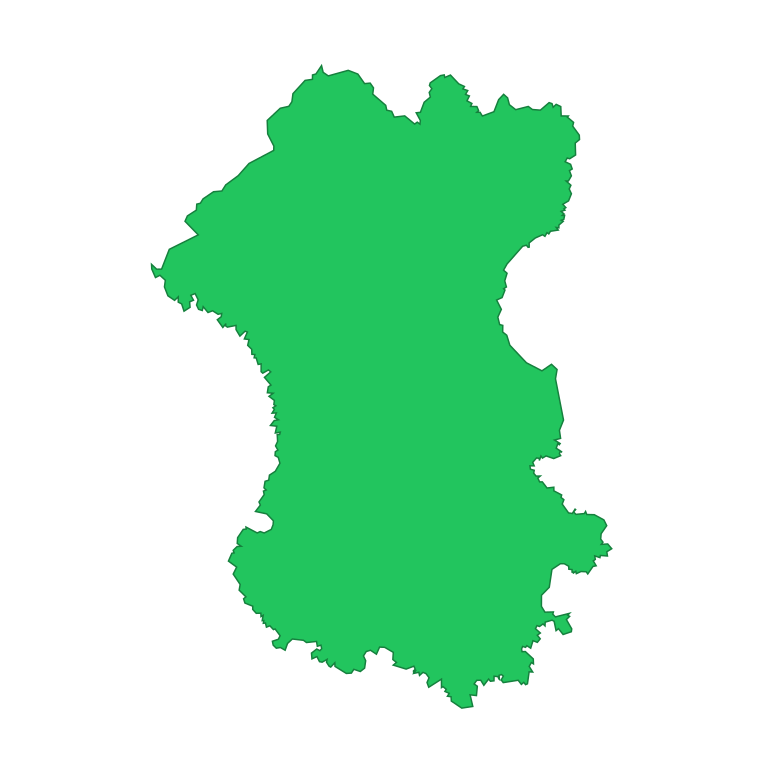 Santo Amaro Abade, Tarrafal, Cabo Verde (Mercator projection), rotated 186°
{"feature_id": "66160863B37752467633472", "entity_name": "Santo Amaro Abade", "entity_type": "district", "adm_level": 2, "iso_a3": "CPV", "parent_name": "Cabo Verde", "parent_adm1": "Tarrafal", "projection": "mercator", "projection_center": [-23.726, 15.266], "detail": "fine", "context": "isolated", "style": "filled", "palette": "green", "viewbox_px": 768, "rotation_deg": 186, "n_neighbors": 0, "source": "geoboundaries", "source_scale": "gbopen_adm2", "svg_char_len": 6136}
<svg xmlns="http://www.w3.org/2000/svg" viewBox="0 0 768 768"><g transform="rotate(186 384 384)"><path d="M479.4,694.1L484.1,685.2L487.4,683.9L487.0,679.5L494.2,677.7L504.9,663.2L505.1,655.1L507.7,650.2L516.0,647.4L527.7,633.9L525.8,620.5L518.4,609.1L518.1,604.8L541.3,589.2L550.8,575.9L562.2,565.5L565.4,559.0L573.6,557.4L583.3,549.2L585.5,544.6L589.0,543.3L588.8,537.3L597.1,530.6L598.9,525.0L584.3,512.9L611.6,495.5L617.2,475.0L622.1,474.4L627.7,478.7L627.0,474.1L622.4,466.0L618.2,468.7L612.3,464.3L612.5,457.6L608.1,449.1L601.0,445.3L597.7,449.2L597.2,443.9L593.6,442.5L590.5,435.5L584.9,440.0L585.9,445.4L582.2,447.4L585.4,452.0L581.3,454.2L577.6,448.3L578.7,443.0L576.2,438.9L572.4,438.1L571.9,442.0L566.5,436.7L562.1,438.9L556.3,436.0L552.8,437.2L552.9,433.9L556.5,430.5L550.2,423.4L547.4,427.6L548.0,425.5L545.7,424.2L537.3,426.8L536.8,422.6L532.3,416.6L527.7,422.0L525.3,421.4L527.6,414.2L522.9,414.1L523.6,408.2L519.2,404.7L518.5,399.7L515.5,399.8L515.9,396.5L513.8,396.5L511.2,390.3L508.3,391.2L507.5,383.4L505.7,382.1L500.4,385.9L497.9,384.2L503.6,378.1L496.3,371.1L498.8,369.1L499.1,363.1L493.3,363.2L497.1,359.7L491.3,356.2L491.4,352.0L489.3,351.0L492.0,348.8L490.4,347.3L492.3,343.3L488.0,344.0L489.4,339.4L485.3,337.4L489.4,336.1L492.6,330.9L486.2,330.8L487.0,323.9L482.1,325.3L482.5,322.9L484.9,322.5L483.8,315.7L485.4,311.1L482.6,307.2L485.0,305.3L484.9,301.4L481.5,300.0L479.2,294.3L483.0,285.8L488.4,281.4L488.6,276.3L492.1,274.8L492.5,268.2L490.1,266.3L492.7,264.9L491.6,261.5L496.0,253.6L494.3,250.7L498.5,243.8L487.1,242.6L479.7,236.4L479.6,232.4L480.9,227.6L487.6,223.3L491.7,224.3L494.5,222.6L506.3,227.3L505.9,225.3L508.8,224.7L513.5,215.9L513.3,210.1L509.0,207.7L513.1,207.0L516.6,202.8L515.4,200.4L517.6,199.8L520.2,191.6L511.4,186.5L514.1,179.2L506.1,169.6L506.5,163.8L499.1,157.9L501.2,155.7L499.4,151.6L491.3,149.3L491.0,146.1L487.1,142.6L482.5,143.2L482.0,139.8L480.0,141.3L480.4,135.9L478.8,136.2L479.0,133.4L476.9,133.9L475.5,129.9L472.2,131.6L468.3,128.2L466.7,129.0L461.0,122.8L462.4,119.1L468.1,116.5L466.9,112.7L463.5,110.0L459.5,111.1L454.5,108.9L452.8,115.9L448.5,120.8L437.3,120.7L434.1,118.8L424.2,120.9L422.9,116.2L419.4,117.7L418.3,114.2L419.9,112.1L423.2,113.4L428.0,108.8L426.9,103.1L422.2,105.9L419.1,101.1L416.4,100.9L411.8,104.2L412.1,101.3L409.1,97.6L407.4,96.9L403.8,101.6L403.2,98.0L391.2,92.2L386.2,93.1L384.2,97.1L377.5,95.6L373.6,99.4L373.3,106.9L376.0,111.4L373.7,116.1L369.6,117.8L363.3,114.5L360.9,121.9L355.8,122.2L346.7,118.1L346.4,110.9L342.5,108.4L345.4,105.4L332.2,102.8L324.8,106.5L323.1,103.6L324.7,101.7L324.5,100.8L323.0,101.6L324.2,99.3L319.2,100.9L318.2,97.9L315.1,101.3L312.0,100.4L308.5,96.6L310.0,91.6L307.8,87.1L296.0,96.5L295.1,88.1L293.7,89.2L290.2,86.9L291.3,84.6L286.8,83.2L288.3,80.1L284.6,80.0L283.9,75.7L272.8,69.8L262.0,72.6L265.9,83.9L259.5,83.8L259.6,93.2L263.0,95.1L260.8,99.0L256.8,99.5L253.2,94.8L249.1,101.5L247.1,99.5L243.6,100.3L244.0,104.9L240.1,104.9L239.0,102.8L238.3,102.3L239.1,106.3L236.8,107.3L234.8,106.0L236.5,101.9L234.2,99.5L219.6,103.4L216.0,99.6L213.8,101.9L211.8,99.8L210.0,100.8L209.6,112.9L206.0,113.1L210.1,118.3L208.3,122.4L206.1,121.3L206.8,126.2L215.5,132.7L218.7,132.2L219.5,134.9L218.7,137.5L215.7,136.9L214.6,138.7L210.5,136.6L209.0,144.3L204.5,143.1L202.0,146.9L205.3,150.2L202.5,152.7L207.8,156.5L206.6,159.7L204.0,159.1L200.8,162.0L198.6,160.3L198.8,164.0L192.2,166.7L190.0,165.8L187.1,156.7L184.9,158.9L179.7,153.6L171.8,157.2L171.7,160.1L178.0,168.8L175.1,172.3L177.2,173.3L175.6,175.3L189.2,170.3L192.1,172.7L191.7,175.0L200.1,173.9L204.2,179.3L205.3,190.4L198.4,199.1L197.6,217.2L189.8,223.7L185.9,224.1L181.3,222.1L180.8,219.1L177.6,219.1L177.3,216.6L175.2,216.7L176.4,215.3L173.7,217.8L172.9,215.5L168.5,218.1L163.3,218.4L161.5,216.4L157.1,224.4L154.0,225.4L157.4,230.0L155.5,231.6L156.5,235.1L151.1,233.9L150.9,236.1L143.8,236.3L144.9,240.4L140.3,244.0L144.8,248.3L151.2,247.2L149.7,249.6L152.3,252.4L152.4,257.8L147.7,266.4L151.1,271.8L161.2,276.0L168.7,275.4L170.2,278.3L171.2,276.1L179.5,274.4L182.1,276.6L180.3,279.1L180.9,279.5L183.2,274.9L187.0,275.1L194.2,283.2L193.0,287.7L196.1,289.7L195.7,292.2L203.9,295.5L204.3,299.1L211.0,297.6L216.3,303.2L219.0,302.9L221.2,306.5L219.0,308.8L223.1,308.3L225.8,310.9L225.6,313.9L229.5,314.6L230.3,317.9L226.1,318.3L227.9,321.6L224.6,326.4L221.8,326.3L221.5,324.2L220.4,328.8L218.7,326.9L215.3,329.4L207.4,327.6L200.8,331.2L202.3,333.0L201.8,335.6L201.4,335.1L200.4,334.9L200.3,335.2L206.0,338.1L204.9,343.1L203.4,341.9L202.6,343.2L208.6,346.1L202.7,348.4L204.7,356.3L201.7,366.9L214.0,407.1L213.4,416.5L219.5,421.1L228.3,413.6L244.6,420.0L262.9,435.7L267.0,445.3L271.4,448.1L272.0,454.7L275.2,455.2L277.8,462.4L275.1,470.5L280.8,479.3L275.6,482.3L273.5,490.1L275.0,491.2L272.4,493.3L274.7,499.2L273.2,507.0L277.0,509.7L274.2,516.2L260.5,535.5L256.9,536.9L255.0,535.0L253.9,535.3L254.4,539.5L248.7,545.1L241.9,549.0L239.4,547.7L237.7,551.6L235.8,550.5L234.4,553.3L226.8,555.3L229.1,557.7L226.4,557.6L226.7,560.3L222.8,564.5L224.8,565.4L222.4,566.5L222.0,570.5L224.3,570.3L222.7,571.9L225.9,574.2L222.2,575.8L223.4,577.0L221.6,578.4L225.0,581.4L219.6,585.4L217.5,592.8L220.2,597.3L218.9,601.2L224.1,604.9L221.8,605.2L219.4,610.6L221.9,615.6L219.3,617.5L221.4,622.0L227.1,624.0L225.4,627.9L222.9,627.4L217.4,631.8L219.0,643.6L215.1,647.6L215.8,651.9L223.3,660.2L222.8,664.0L229.5,668.5L228.7,669.8L235.8,669.1L237.2,678.4L242.0,680.1L244.7,676.9L246.2,680.4L249.2,681.1L257.1,672.7L265.1,672.5L269.5,675.1L281.7,670.6L288.5,674.9L291.0,681.5L295.3,684.6L299.7,678.8L303.1,666.3L314.2,660.8L316.9,664.3L320.1,663.9L318.5,665.8L320.6,669.6L326.9,669.1L325.9,672.2L331.1,674.3L329.2,679.4L333.2,680.5L331.4,684.6L336.4,685.7L335.1,688.3L341.0,690.3L350.2,698.2L355.6,695.2L356.4,697.7L360.1,696.6L369.5,688.3L370.0,685.6L367.3,682.7L369.5,678.7L367.9,674.2L373.5,668.4L376.2,658.0L380.3,657.1L375.4,649.9L375.4,646.2L378.3,647.9L380.7,645.7L391.4,652.8L401.7,650.5L404.9,656.0L409.9,656.6L411.4,661.3L425.5,671.1L425.4,677.4L429.2,681.8L434.7,680.7L442.4,689.5L452.4,692.2L471.6,684.6L477.1,687.6L479.4,694.1Z" fill="#22c55e" stroke="#15803d" stroke-width="1.5"/></g></svg>